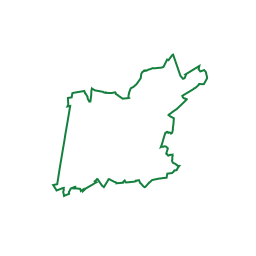 Rožupes pag., Livanu, Latvia, rotated 314°
{"feature_id": "27541924B72516040317881", "entity_name": "Rožupes pag.", "entity_type": "district", "adm_level": 2, "iso_a3": "LVA", "parent_name": "Latvia", "parent_adm1": "Livanu", "projection": "natural_earth1", "projection_center": [26.351, 56.366], "detail": "fine", "context": "isolated", "style": "outline", "palette": "green", "viewbox_px": 256, "rotation_deg": 314, "n_neighbors": 0, "source": "geoboundaries", "source_scale": "gbopen_adm2", "svg_char_len": 5056}
<svg xmlns="http://www.w3.org/2000/svg" viewBox="0 0 256 256"><g transform="rotate(314 128 128)"><path d="M97.0,181.1L97.9,181.4L98.1,181.4L99.9,181.3L101.9,181.2L103.3,181.1L103.4,181.3L107.3,181.5L113.4,185.6L114.3,186.5L115.9,187.6L119.0,190.3L122.5,188.0L123.5,188.8L124.7,189.8L126.1,190.9L128.4,191.2L128.8,190.9L129.3,190.8L130.1,191.0L130.4,191.5L130.8,191.9L131.6,192.2L132.0,192.2L132.3,192.0L132.5,192.0L132.9,191.9L133.1,191.7L133.4,191.6L136.3,191.2L135.8,190.7L135.3,190.3L135.2,190.1L135.2,189.9L135.4,189.3L135.4,189.1L135.1,188.3L135.1,187.9L135.2,187.5L135.2,187.2L135.0,186.7L134.4,185.2L134.3,184.8L134.2,184.6L134.3,184.3L134.8,182.8L134.9,182.7L135.0,182.4L135.6,182.0L136.2,181.7L136.4,181.5L136.6,181.4L137.3,180.6L137.7,180.2L138.1,179.9L138.9,179.5L139.2,179.3L139.3,179.2L139.5,178.9L139.5,178.7L139.4,178.3L139.3,178.1L138.9,177.9L139.0,177.9L137.8,176.9L137.6,176.7L137.4,176.7L136.4,176.4L136.2,176.3L136.1,176.2L136.0,175.6L136.1,175.3L136.1,175.2L136.4,174.6L136.4,174.4L136.0,173.8L136.0,173.7L136.1,173.4L136.4,173.1L136.6,173.0L138.1,172.3L140.9,170.9L141.1,170.7L141.0,169.9L141.0,169.7L141.1,169.1L141.1,168.6L140.9,168.1L140.5,167.3L140.2,167.0L140.0,166.8L139.8,166.7L138.7,166.2L138.0,165.3L137.7,165.1L137.4,165.0L137.1,164.9L140.0,163.6L143.3,161.9L144.9,161.0L145.9,160.5L149.7,158.6L149.9,158.4L150.0,158.3L151.4,158.5L152.0,158.6L152.3,158.7L152.4,158.8L152.1,159.5L152.6,160.2L152.6,160.3L152.8,160.3L153.1,160.2L153.2,160.3L154.0,161.7L154.0,161.8L153.7,162.7L153.8,162.8L154.0,162.9L154.5,162.9L154.7,163.0L155.1,163.1L156.3,162.5L157.1,162.0L158.3,161.1L160.0,159.6L161.0,158.9L161.6,158.6L165.7,155.2L166.9,154.2L166.8,153.9L166.6,153.6L166.5,153.0L165.7,150.3L165.5,148.1L166.1,148.1L167.4,148.4L168.4,148.6L170.1,148.8L171.7,149.1L171.8,149.1L173.8,149.5L175.3,149.9L175.9,149.9L177.9,150.0L184.7,150.3L189.3,150.4L189.5,150.3L189.3,149.9L188.9,148.7L188.7,148.4L188.4,148.2L188.3,147.8L188.3,147.1L188.1,146.3L188.2,146.2L188.9,144.7L201.5,148.1L202.2,148.0L203.7,148.6L206.1,148.8L208.4,148.9L209.1,148.6L210.6,150.4L212.3,152.1L216.0,151.1L218.5,150.4L219.4,149.7L221.2,146.8L222.2,145.3L222.3,145.1L222.4,144.7L222.5,143.7L222.5,142.5L221.6,142.1L218.9,140.7L219.3,138.0L220.6,137.2L222.2,136.2L221.8,136.1L220.0,135.7L219.1,135.4L217.9,135.1L206.4,132.1L206.6,132.7L203.2,134.1L201.6,133.4L201.8,131.0L202.0,129.4L212.1,109.5L210.9,109.2L204.9,110.0L204.4,108.6L202.2,109.3L201.3,109.6L196.5,111.1L194.5,110.0L191.0,106.9L190.5,106.6L189.2,105.5L188.7,104.9L188.3,104.2L185.7,103.1L184.2,102.1L182.2,101.5L182.0,101.4L181.9,101.2L181.8,100.9L181.5,100.9L181.2,100.8L181.0,100.7L181.2,100.3L181.1,100.2L180.9,99.9L180.6,99.7L180.3,99.6L180.1,99.7L179.4,99.7L178.9,99.7L178.2,99.5L177.7,99.5L176.7,99.8L176.0,100.1L175.1,100.7L174.3,101.3L172.9,102.4L172.8,102.5L172.6,102.6L165.5,103.7L164.9,103.7L164.5,103.6L163.6,103.5L162.6,103.5L161.8,103.4L160.9,103.2L160.1,103.0L159.5,102.7L159.2,102.5L158.3,102.5L157.7,102.7L154.7,104.0L154.4,104.1L154.0,104.4L152.1,105.6L151.6,105.9L150.8,106.6L150.4,107.2L150.3,107.6L150.3,107.8L149.8,107.5L148.7,106.6L145.4,103.8L145.2,102.6L144.9,101.2L145.0,101.0L144.6,99.3L144.5,97.5L144.0,95.6L144.3,95.3L144.6,94.7L144.8,94.4L144.8,94.0L144.4,93.7L141.7,91.9L140.9,91.0L138.9,88.8L138.5,88.2L138.2,88.0L138.1,87.9L138.3,87.7L138.2,87.4L138.0,87.1L137.8,87.1L137.2,86.7L136.9,86.2L136.8,85.9L136.8,85.2L136.3,84.4L136.1,84.1L133.8,80.6L132.1,78.1L132.1,77.8L131.3,74.8L131.3,74.6L129.2,75.9L126.2,78.6L125.6,79.1L123.8,80.4L121.7,82.0L120.9,82.5L120.1,81.8L120.1,81.6L120.9,79.4L121.2,78.5L121.7,77.9L122.2,77.4L122.3,77.3L123.0,74.7L123.4,73.0L123.3,72.9L123.5,72.7L124.0,71.0L124.2,70.8L115.2,64.2L114.4,63.8L110.9,66.2L107.9,63.9L107.0,64.8L106.0,65.8L103.7,68.5L102.9,68.9L101.4,69.5L103.7,71.1L102.4,72.0L90.3,80.3L79.4,87.7L73.9,91.6L70.8,93.7L69.3,94.7L52.7,106.1L38.4,116.1L35.0,113.8L33.9,118.3L33.8,118.9L33.4,120.0L35.7,121.1L35.8,121.1L37.8,122.1L38.0,122.1L40.1,123.2L40.3,123.4L39.7,123.7L39.5,123.9L39.3,124.0L39.0,124.7L38.8,124.9L38.5,125.1L38.2,125.2L37.8,125.3L37.4,125.5L37.1,125.7L36.9,125.9L36.7,126.2L36.2,127.1L35.5,128.1L34.7,129.2L35.8,129.6L38.6,130.8L38.8,131.0L39.7,131.4L39.8,131.3L40.1,130.9L40.8,130.0L42.0,129.7L44.5,129.0L45.2,129.0L46.3,129.6L46.5,129.7L48.9,130.7L49.1,130.9L49.0,131.0L47.1,131.2L48.7,132.9L50.3,134.9L50.3,135.0L50.6,135.3L51.0,135.9L50.8,136.3L49.9,137.9L52.8,138.5L51.6,139.5L55.5,139.7L62.3,141.7L64.5,142.2L67.1,143.0L66.7,141.1L69.8,141.5L69.9,141.4L70.1,141.7L69.5,144.4L69.4,144.9L69.2,145.8L68.7,148.5L68.5,149.3L68.7,151.7L77.3,149.8L77.6,149.6L78.3,150.3L78.6,151.8L79.4,154.2L79.6,155.0L79.9,155.9L80.1,156.1L80.1,156.3L80.4,157.1L81.0,158.7L80.9,158.7L82.8,160.4L85.3,162.5L86.1,161.9L87.7,162.1L87.9,162.1L87.6,163.0L87.3,164.1L88.0,164.9L90.9,167.4L91.0,167.4L92.9,169.1L93.6,169.6L94.2,170.0L95.0,170.6L95.5,170.2L97.1,171.5L98.1,172.1L97.0,174.8L96.9,174.9L96.9,175.1L97.0,175.3L97.0,176.8L96.7,179.6L96.8,180.0L96.8,180.4L97.0,181.1Z" fill="none" stroke="#15803d" stroke-width="2"/></g></svg>